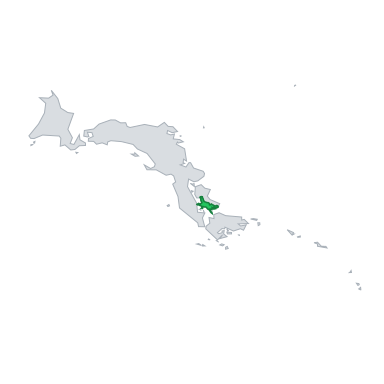 location of Ehime within Japan, rotated 262°
{"feature_id": "JPN-1832", "entity_name": "Ehime", "entity_type": "Prefecture", "adm_level": 1, "iso_a3": "JPN", "parent_name": "Japan", "parent_adm1": "", "projection": "equal_earth", "projection_center": [132.746, 33.592], "detail": "fine", "context": "in_parent", "style": "filled", "palette": "green", "viewbox_px": 384, "rotation_deg": 262, "n_neighbors": 0, "source": "natural_earth", "source_scale": "10m", "svg_char_len": 7174}
<svg xmlns="http://www.w3.org/2000/svg" viewBox="0 0 384 384"><g transform="rotate(262 192 192)"><path d="M262.4,92.6L267.9,94.0L268.1,103.4L272.2,109.4L274.7,121.5L274.0,126.0L270.4,130.9L269.8,136.0L266.0,136.9L264.5,139.6L265.5,154.4L261.2,167.0L264.8,174.3L260.3,177.5L259.3,182.2L253.9,186.1L253.5,180.6L256.3,176.4L253.4,175.3L251.5,178.9L251.9,182.7L247.2,180.8L245.6,187.2L242.9,190.4L242.4,185.2L243.5,184.5L241.5,183.1L235.8,190.7L223.4,190.9L225.7,188.2L222.3,187.3L221.3,188.7L220.5,184.1L217.6,189.5L221.5,193.1L221.2,194.7L215.5,196.9L211.0,205.9L208.6,207.0L205.9,206.0L202.2,199.3L201.9,195.2L205.3,190.4L197.9,188.3L180.4,195.0L171.2,194.7L169.4,201.8L164.9,198.7L155.8,199.8L156.8,193.7L160.7,193.4L177.9,177.4L189.5,177.5L202.5,174.0L204.2,177.2L210.5,176.1L212.6,173.7L212.2,168.7L218.9,159.7L220.3,150.5L225.5,148.5L221.0,154.3L222.3,158.3L224.9,159.5L236.4,152.9L242.2,143.9L247.3,140.3L251.7,129.2L254.1,118.8L253.3,115.5L250.5,114.6L253.2,109.9L252.6,104.1L255.8,101.7L256.7,96.4L259.3,96.9L260.8,101.9L264.7,101.2L265.8,96.7L261.2,97.6L261.1,96.0L262.4,92.6ZM290.8,56.9L300.2,59.5L306.6,54.1L304.9,63.1L307.3,67.9L312.3,66.8L303.2,72.1L293.3,73.7L288.0,80.0L286.3,85.7L271.4,77.8L262.4,81.1L257.0,78.1L255.5,81.7L264.5,88.4L259.3,88.3L255.4,93.3L252.9,93.0L253.5,86.9L250.4,81.9L250.5,77.8L256.3,72.7L255.7,67.9L263.5,69.6L265.9,68.3L269.2,52.0L266.9,43.0L267.6,39.7L270.3,38.3L280.7,49.5L290.8,56.9ZM158.6,205.3L164.4,205.3L162.6,210.1L166.6,210.4L167.7,215.9L163.9,222.0L160.3,237.7L157.3,237.3L157.6,239.9L152.9,243.5L154.0,233.3L151.6,235.4L151.9,241.1L147.0,237.7L148.9,234.8L147.6,227.6L152.6,219.7L151.0,219.2L151.6,216.6L148.2,211.5L147.0,212.6L147.5,216.3L149.2,216.3L149.3,218.5L146.1,217.5L142.9,220.5L142.0,213.2L145.4,216.3L141.0,210.6L153.6,200.5L156.2,201.3L158.6,205.3ZM189.2,194.4L196.8,196.1L198.0,202.1L194.0,205.2L191.9,210.5L185.8,206.6L182.0,208.8L176.6,217.8L173.2,215.4L172.3,207.8L168.1,209.1L174.9,204.0L178.1,198.0L180.9,200.4L185.2,199.2L185.4,195.9L189.2,194.4ZM124.8,309.3L120.3,312.5L119.5,317.0L117.8,317.9L120.8,308.7L123.0,309.1L124.8,305.8L124.8,309.3ZM238.8,140.8L235.1,144.1L235.3,140.6L238.0,137.2L237.5,140.6L238.8,140.8ZM141.4,281.0L137.7,286.9L135.4,285.1L141.4,281.0ZM146.4,225.5L145.0,225.3L145.6,221.2L147.4,220.9L146.4,225.5ZM200.1,195.2L197.1,195.1L200.8,191.5L199.7,193.6L200.1,195.2ZM152.1,254.8L150.2,254.7L149.5,252.9L152.4,252.9L152.1,254.8ZM140.0,191.5L137.7,194.0L139.8,189.4L140.0,191.5ZM155.9,252.8L154.9,252.1L157.1,246.3L157.1,249.1L155.9,252.8ZM130.7,217.3L132.6,217.6L133.2,219.3L131.0,220.0L130.7,217.3ZM138.5,195.3L136.8,197.3L137.1,194.8L138.5,195.3ZM74.1,345.7L71.7,345.6L71.7,345.1L72.8,343.6L74.1,345.7ZM182.8,167.4L181.4,167.8L181.0,166.1L182.0,165.5L182.8,167.4ZM135.3,216.5L134.4,214.8L135.7,212.2L136.5,214.2L135.3,216.5ZM78.8,342.1L78.1,344.5L76.9,344.7L76.4,343.3L78.8,342.1ZM133.4,293.1L132.3,293.0L132.4,290.4L132.9,290.2L133.4,293.1ZM264.0,43.5L262.4,43.0L262.3,42.3L263.5,42.0L264.0,43.5ZM150.6,221.3L148.7,222.7L148.2,222.0L150.6,221.3ZM247.0,84.4L246.2,83.0L247.5,82.5L247.0,84.4ZM170.1,201.3L171.2,200.8L172.7,200.7L170.1,201.3ZM261.3,39.1L261.2,41.5L260.4,38.9L261.3,39.1ZM140.2,209.9L138.6,211.5L140.9,208.8L140.2,209.9ZM92.1,338.6L90.1,338.7L90.3,336.6L90.9,337.6L92.1,338.6ZM143.2,201.9L142.1,203.3L142.6,201.5L143.2,201.9ZM193.4,191.6L192.6,193.3L191.8,191.9L193.4,191.6ZM136.5,286.2L136.2,287.3L135.7,285.9L136.5,286.2ZM249.3,188.1L249.0,189.4L248.7,188.1L249.3,188.1ZM143.1,232.7L142.1,233.1L143.0,232.1L143.1,232.7ZM173.8,196.9L173.8,198.3L172.8,198.2L173.8,196.9ZM254.9,212.7L253.9,213.0L253.9,212.3L254.9,212.7ZM283.3,308.5L283.5,309.9L282.7,308.3L283.3,308.5Z" fill="#d9dde1" stroke="#a8b0b8" stroke-width="1"/><path d="M174.8,215.5L174.7,215.5L174.1,215.1L173.9,215.1L174.1,215.3L173.8,215.2L173.7,215.1L173.5,215.5L173.5,215.8L173.3,215.7L173.2,215.6L173.0,215.1L173.2,214.9L173.1,214.6L173.2,214.3L173.3,214.2L173.1,213.8L172.9,213.5L172.6,213.5L172.4,213.4L172.1,213.9L172.2,213.5L172.1,213.3L172.2,213.1L172.7,213.3L172.9,213.3L173.1,213.1L172.9,213.1L172.9,212.9L172.9,212.7L172.7,212.5L172.7,212.4L172.9,212.4L173.0,212.4L173.2,212.2L172.7,212.1L172.5,211.8L172.6,211.6L172.8,211.6L172.7,211.4L172.4,211.2L172.3,211.3L172.1,211.4L172.1,211.1L172.4,211.0L172.7,211.1L172.8,211.1L172.8,211.3L173.0,211.5L173.3,211.5L173.3,211.2L173.7,210.9L173.8,210.8L173.7,210.6L173.5,210.4L173.4,210.3L173.3,210.2L173.2,210.1L173.1,209.8L173.3,209.7L173.5,209.6L173.1,209.5L172.4,209.6L172.2,209.6L171.9,209.4L172.0,209.3L172.1,209.2L172.3,209.1L172.4,208.6L172.2,208.8L172.1,208.6L172.1,208.3L172.3,208.0L172.3,207.9L172.1,207.9L172.2,207.7L172.3,207.6L172.0,207.3L171.8,207.2L171.6,207.3L171.4,207.3L171.1,207.3L170.8,207.5L170.5,207.6L170.1,207.9L169.7,208.1L169.4,208.4L169.3,208.6L169.2,208.8L168.9,208.7L169.0,208.4L168.6,208.7L168.0,209.0L167.9,209.0L168.1,208.8L168.3,208.6L168.8,208.1L169.2,207.9L169.4,208.0L169.6,207.9L169.5,207.7L170.0,207.4L170.4,207.3L170.7,207.3L171.0,207.0L172.3,206.3L172.5,206.1L172.6,205.8L172.6,205.7L172.9,205.3L173.0,205.2L173.3,204.9L174.4,204.4L174.6,204.2L174.9,204.0L175.2,203.6L175.4,203.0L175.4,202.6L175.4,202.2L175.5,201.6L175.6,201.2L175.6,200.8L176.1,200.8L176.1,200.4L176.3,200.1L176.3,199.5L176.6,199.3L177.1,198.9L177.3,198.6L177.9,198.4L177.9,198.2L178.0,198.1L178.0,197.8L177.8,197.8L177.6,197.8L177.7,197.6L177.9,197.7L178.0,197.7L178.2,197.4L178.3,197.6L178.4,197.8L178.5,197.9L179.1,198.7L179.5,199.6L179.6,199.8L179.6,200.0L180.0,200.3L180.4,200.4L180.7,200.3L181.1,200.2L181.5,200.1L181.5,199.8L181.9,199.7L182.1,199.7L182.3,199.6L182.5,199.6L182.8,199.7L183.4,199.7L183.6,199.7L184.2,199.9L184.4,200.0L184.7,199.9L184.8,199.7L185.0,199.5L185.1,199.4L185.3,199.1L185.7,199.2L185.9,199.3L186.1,199.5L186.2,200.5L186.1,200.9L186.0,201.3L185.9,201.6L185.0,201.6L184.5,201.8L184.2,202.0L183.5,202.1L183.0,202.2L182.5,202.2L182.1,202.3L181.9,202.3L181.6,202.4L181.4,202.7L181.3,202.8L181.1,202.8L180.9,202.7L180.8,202.8L180.7,202.9L180.6,203.1L180.4,203.4L180.1,204.2L180.0,204.4L179.9,204.6L179.6,204.9L179.5,205.0L179.5,205.3L179.4,205.5L179.3,205.8L179.3,206.0L179.3,206.3L179.2,206.6L178.8,207.1L178.6,207.3L178.2,207.5L176.8,207.5L176.7,207.6L176.7,208.1L176.8,208.4L176.9,208.5L177.0,208.7L177.0,208.8L177.2,209.1L177.4,209.2L177.5,209.3L177.5,209.5L177.4,209.7L177.2,209.9L176.6,210.3L176.4,210.4L176.3,210.6L176.2,210.8L176.2,211.0L176.1,211.4L175.7,211.7L175.6,211.8L175.4,212.2L175.3,212.3L175.2,212.3L175.0,212.2L174.7,211.9L174.5,212.0L174.6,212.3L174.8,212.8L174.9,213.1L174.9,213.3L175.0,213.6L175.2,214.1L175.2,214.4L175.2,214.7L175.2,214.8L175.1,215.0L174.8,215.5L174.8,215.5ZM178.8,196.4L178.4,196.6L178.4,196.2L178.6,196.1L178.7,195.9L178.5,195.7L178.9,195.2L179.1,195.1L179.3,195.5L179.4,195.9L179.4,196.2L179.2,196.4L178.8,196.4ZM179.8,196.9L179.8,197.1L179.3,197.7L179.1,197.8L179.0,197.7L179.0,197.3L179.1,197.2L179.1,196.9L179.2,196.7L179.4,196.6L179.6,196.7L179.6,196.8L179.8,196.9ZM174.8,199.2L174.9,199.3L174.9,199.6L174.8,199.8L174.8,200.0L174.6,200.1L174.4,200.2L174.2,199.9L174.3,199.7L174.5,199.6L174.8,199.3L174.8,199.2Z" fill="#22c55e" stroke="#15803d" stroke-width="1.5"/></g></svg>